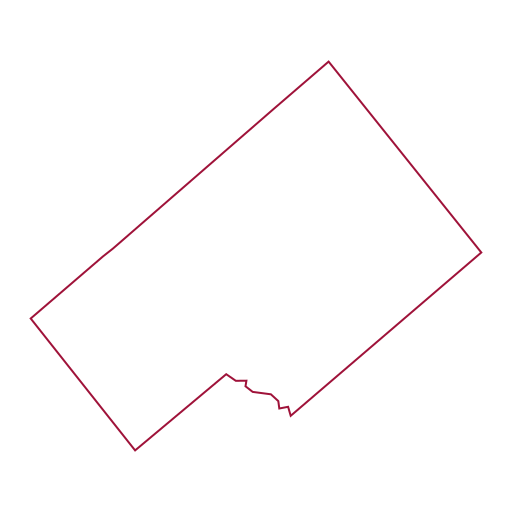 DeWitt, Texas, United States of America
{"feature_id": "52423323B62485565379891", "entity_name": "DeWitt", "entity_type": "district", "adm_level": 2, "iso_a3": "USA", "parent_name": "United States of America", "parent_adm1": "Texas", "projection": "robinson", "projection_center": [-97.385, 29.099], "detail": "fine", "context": "isolated", "style": "outline", "palette": "rose", "viewbox_px": 512, "rotation_deg": 0, "n_neighbors": 0, "source": "geoboundaries", "source_scale": "gbopen_adm2", "svg_char_len": 340}
<svg xmlns="http://www.w3.org/2000/svg" viewBox="0 0 512 512"><path d="M328.6,61.6L273.7,108.9L112.9,248.6L103.0,256.4L30.7,318.5L135.1,450.4L226.2,374.2L235.8,380.8L246.4,380.7L245.5,386.3L252.7,391.9L270.9,394.3L278.3,401.1L279.3,408.5L288.1,406.8L290.7,415.8L481.3,252.5L328.6,61.6Z" fill="none" stroke="#9f1239" stroke-width="2"/></svg>